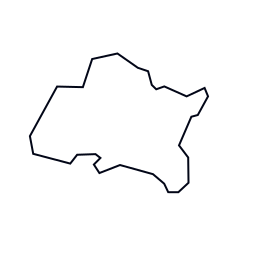 Aweil South, Northern Bahr el Ghazal, South Sudan (Natural Earth projection), rotated 218°
{"feature_id": "79223893B68307976822083", "entity_name": "Aweil South", "entity_type": "district", "adm_level": 2, "iso_a3": "SSD", "parent_name": "South Sudan", "parent_adm1": "Northern Bahr el Ghazal", "projection": "natural_earth1", "projection_center": [27.717, 8.666], "detail": "fine", "context": "isolated", "style": "outline", "palette": "ink", "viewbox_px": 256, "rotation_deg": 218, "n_neighbors": 0, "source": "geoboundaries", "source_scale": "gbopen_adm2", "svg_char_len": 518}
<svg xmlns="http://www.w3.org/2000/svg" viewBox="0 0 256 256"><g transform="rotate(218 128 128)"><path d="M182.2,180.2L198.7,160.3L188.7,132.4L209.4,117.0L200.3,61.2L186.8,49.3L151.6,64.4L151.6,75.6L137.5,87.4L131.3,87.4L132.4,78.2L122.8,74.9L111.5,93.9L79.9,107.0L65.2,106.4L56.8,102.2L48.8,108.4L46.6,122.1L62.4,141.8L77.1,145.7L85.0,175.9L81.0,181.2L84.4,202.2L92.3,206.7L101.3,189.0L125.0,183.1L129.6,175.9L135.8,176.6L147.1,185.1L157.3,181.5L182.2,180.2Z" fill="none" stroke="#020617" stroke-width="2"/></g></svg>